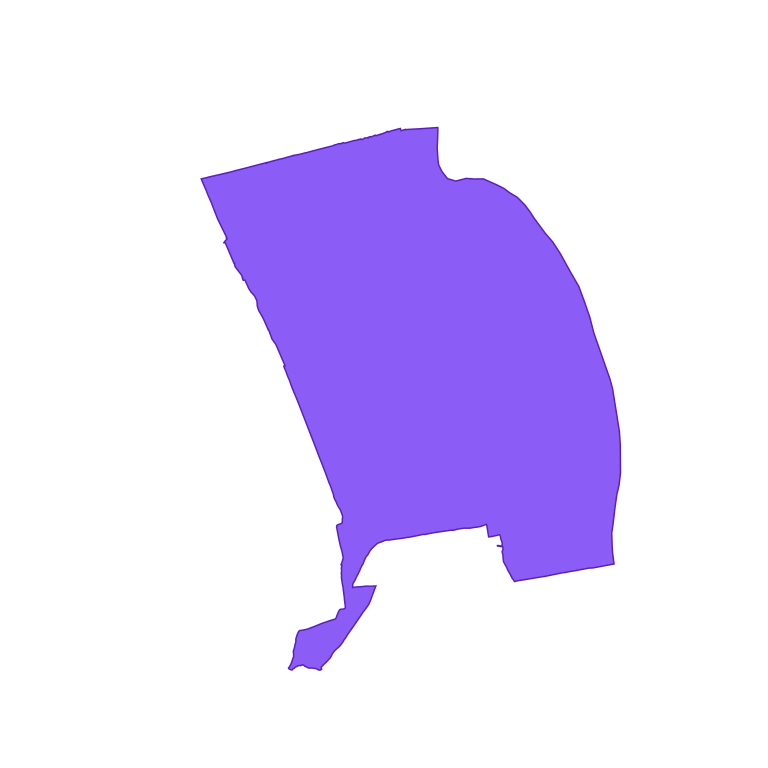 Ostrov, Tulcea, Romania (Albers equal-area conic projection), rotated 152°
{"feature_id": "2599482B49066232260095", "entity_name": "Ostrov", "entity_type": "district", "adm_level": 2, "iso_a3": "ROU", "parent_name": "Romania", "parent_adm1": "Tulcea", "projection": "albers", "projection_center": [28.19, 44.921], "detail": "fine", "context": "isolated", "style": "filled", "palette": "violet", "viewbox_px": 768, "rotation_deg": 152, "n_neighbors": 0, "source": "geoboundaries", "source_scale": "gbopen_adm2", "svg_char_len": 6123}
<svg xmlns="http://www.w3.org/2000/svg" viewBox="0 0 768 768"><g transform="rotate(152 384 384)"><path d="M216.1,585.2L232.9,592.7L242.6,597.2L245.9,598.6L245.8,598.8L248.4,599.3L250.0,599.5L249.6,601.9L252.9,602.8L255.9,603.3L255.9,603.5L259.3,604.2L260.7,604.3L261.3,604.1L261.5,604.2L261.6,604.3L261.5,604.6L261.8,605.1L262.2,605.2L262.5,605.4L262.9,605.5L263.2,605.6L264.2,605.3L264.7,605.3L265.0,605.4L265.4,605.4L265.8,605.6L267.4,605.6L268.0,605.8L270.3,606.3L270.4,606.1L271.0,606.4L274.5,607.0L274.6,607.5L274.9,607.8L277.2,608.0L278.1,608.1L279.2,608.2L279.7,608.5L280.0,608.9L281.2,609.1L281.6,609.0L281.8,608.7L282.2,608.8L282.3,609.2L283.5,609.3L285.3,610.2L285.7,610.3L286.4,610.2L287.1,610.1L288.2,610.1L289.5,610.6L289.6,610.8L289.4,611.2L291.2,611.7L292.0,611.7L292.2,611.9L292.3,612.0L292.9,612.0L294.1,612.1L295.7,612.9L304.9,614.9L305.3,614.9L306.6,616.1L306.9,616.3L307.5,616.3L308.0,616.2L308.3,616.4L309.1,616.5L309.6,616.3L309.9,616.8L310.2,617.1L311.8,617.6L312.7,617.6L313.7,617.8L315.4,618.3L317.5,618.4L329.0,621.2L332.8,622.2L335.2,622.6L335.9,622.9L342.8,624.4L345.5,625.2L349.5,626.1L353.0,627.1L356.5,628.3L356.5,628.1L359.7,629.0L361.0,629.1L361.7,629.4L366.1,630.3L368.6,630.9L371.5,631.8L373.8,632.2L376.7,633.0L378.5,633.3L379.2,633.6L380.9,633.8L381.5,634.1L383.9,634.1L383.6,634.6L409.6,640.8L415.2,642.2L417.6,642.7L419.9,643.2L434.2,647.0L440.7,648.8L445.0,649.8L446.6,650.3L448.0,650.6L449.1,650.9L449.5,646.4L450.1,638.4L450.4,636.2L450.7,633.6L451.2,626.2L453.4,608.0L454.1,587.0L454.6,587.1L454.8,585.6L456.6,585.1L459.1,583.9L458.8,583.6L457.8,583.6L459.8,561.1L459.3,560.8L460.0,559.3L460.0,559.0L460.4,557.5L458.7,547.2L458.9,544.2L459.3,544.2L459.6,541.7L458.0,541.0L458.6,531.2L458.2,527.4L456.9,522.5L457.2,517.0L459.2,512.5L459.8,509.8L460.1,507.5L459.9,501.8L459.9,497.8L460.6,488.0L460.8,486.5L460.6,486.5L460.6,485.9L460.6,484.6L461.4,478.6L461.6,477.8L461.8,476.5L460.9,469.8L462.8,446.5L464.1,446.8L464.4,445.1L464.7,440.9L465.0,439.1L465.3,436.9L465.6,434.2L465.7,432.0L466.7,425.6L467.1,422.3L468.3,409.3L469.7,397.3L470.8,388.3L473.9,362.2L475.4,350.5L476.1,343.9L477.3,333.9L478.9,322.6L479.1,319.6L479.4,317.5L480.4,310.9L481.0,308.8L481.3,308.0L481.7,304.8L481.6,303.7L481.6,302.7L481.9,300.1L481.9,295.8L481.6,293.3L482.5,287.2L482.8,286.2L484.4,284.0L485.0,282.9L485.5,281.8L485.9,281.3L486.3,281.1L486.9,280.9L487.7,280.9L489.7,281.3L491.2,281.4L491.9,281.3L492.3,281.0L492.8,280.4L493.2,279.5L493.5,278.2L493.7,277.8L497.1,266.8L498.5,261.6L499.7,255.9L501.6,249.6L504.8,246.3L506.7,244.7L506.8,244.5L506.5,244.4L506.2,244.1L506.2,243.9L506.2,243.6L506.4,243.3L507.8,241.9L508.3,241.1L509.1,238.9L509.4,238.6L510.2,237.5L510.9,236.3L511.1,235.6L511.2,235.2L511.4,234.7L511.7,234.3L512.3,233.4L512.7,232.5L514.9,226.2L515.4,224.4L515.8,223.2L516.5,221.6L517.8,218.1L519.4,213.8L520.0,212.6L522.4,206.2L523.1,204.8L523.5,204.4L524.0,204.3L524.5,204.2L525.5,204.4L526.0,204.5L526.7,204.9L527.8,205.4L528.5,205.5L529.1,205.5L529.7,205.2L531.5,204.0L534.9,201.1L535.9,200.1L536.7,199.6L537.3,199.4L541.5,200.2L550.0,201.6L554.3,202.1L560.3,202.7L562.4,203.0L566.6,203.5L571.3,204.8L574.1,205.9L575.5,205.6L578.4,203.4L580.8,201.0L581.8,199.8L582.5,198.3L583.5,197.0L584.5,196.1L586.1,194.1L587.4,192.7L589.5,190.6L589.8,190.1L590.5,188.3L591.7,185.9L593.3,184.4L596.6,181.3L597.7,180.4L600.4,178.6L601.4,178.2L601.7,177.9L601.8,177.6L601.5,176.8L600.0,175.0L599.5,174.7L599.1,174.7L598.7,175.0L598.2,175.2L596.7,175.1L595.7,175.6L595.0,175.7L593.8,175.5L592.3,175.5L590.4,175.0L590.1,174.6L589.6,174.5L587.9,174.6L587.8,174.2L587.7,174.0L587.1,173.7L586.6,172.8L586.5,172.4L586.5,172.1L586.1,171.5L585.6,171.1L584.6,169.4L583.5,168.4L582.6,167.8L581.9,167.6L581.1,167.1L580.0,166.4L579.3,165.8L578.0,164.9L577.1,164.0L576.4,162.8L575.6,161.8L575.0,161.5L574.1,161.3L573.1,161.3L572.8,162.5L572.4,163.3L571.3,163.8L569.6,164.4L565.0,165.7L561.7,166.9L560.1,167.4L558.6,168.3L556.3,170.0L555.2,170.6L553.1,171.5L551.6,172.0L545.9,173.4L543.7,174.4L541.4,175.5L539.1,177.0L537.3,177.7L534.3,179.6L524.7,184.4L510.1,192.1L503.7,195.1L502.0,196.0L500.5,196.9L497.7,199.1L489.3,206.6L486.0,209.5L490.3,211.5L495.0,214.1L498.3,215.3L499.4,215.9L500.7,216.3L501.9,217.0L503.3,217.6L506.7,218.9L507.2,219.0L506.6,220.1L505.7,221.6L504.7,222.7L501.8,224.2L499.1,226.5L498.3,226.9L492.8,230.8L491.7,231.9L489.6,233.4L488.7,234.1L487.5,234.6L484.9,236.8L481.2,239.7L478.3,240.9L476.9,241.9L474.4,243.4L472.0,244.4L468.6,245.4L464.5,246.4L458.6,245.6L456.7,245.5L454.8,244.9L452.3,243.6L451.0,243.2L444.7,240.9L440.0,239.1L435.2,237.5L434.1,237.0L429.8,235.7L426.9,234.8L424.4,234.1L421.2,233.2L420.1,232.8L418.6,232.0L409.5,229.2L398.1,225.1L394.6,223.9L391.6,222.4L390.3,222.0L386.9,221.2L380.9,219.1L376.1,216.5L374.8,216.0L371.9,215.1L368.4,213.7L365.7,212.9L359.5,212.0L359.7,210.7L360.0,209.8L363.4,199.9L363.0,199.7L362.8,199.6L360.2,198.7L357.1,197.8L354.8,197.1L353.2,196.9L352.8,196.6L352.6,196.3L352.7,195.1L353.6,192.3L354.2,188.3L355.8,185.5L357.0,186.2L358.5,187.4L359.3,187.9L359.7,188.1L359.9,187.9L359.8,187.6L358.2,186.5L357.1,185.5L355.6,185.0L356.1,183.1L356.6,182.2L357.1,181.5L357.6,181.2L358.3,180.7L358.6,180.2L359.2,177.5L361.5,172.1L361.9,170.9L361.9,168.7L361.8,165.1L362.0,162.5L362.1,160.7L362.0,159.3L362.0,158.3L361.9,157.5L362.0,154.5L361.8,154.4L362.0,153.0L362.0,151.6L361.7,150.8L361.5,148.3L357.6,147.3L350.2,144.7L336.1,140.0L335.1,139.6L331.6,138.4L314.3,133.3L313.3,132.7L312.1,132.4L306.6,130.7L302.0,129.1L296.9,127.6L289.4,125.2L287.2,124.2L286.9,123.9L282.7,122.5L265.3,117.1L264.8,118.6L261.5,127.5L258.5,134.1L252.9,145.5L248.3,151.7L237.4,167.4L234.6,171.2L230.4,177.0L224.0,184.3L216.9,194.5L204.2,218.8L198.4,231.7L184.4,272.5L182.2,282.1L174.7,330.9L171.0,346.0L168.2,363.8L166.2,378.8L166.8,395.8L167.1,415.9L168.3,430.0L170.9,441.6L173.7,460.4L174.2,467.0L175.5,475.6L178.6,486.1L183.5,494.3L186.2,500.2L190.4,506.2L199.9,518.4L208.2,522.7L214.8,526.9L225.4,529.5L231.5,535.5L233.1,544.3L232.9,551.6L231.2,556.4L226.0,567.9L223.2,572.5L217.5,582.4L216.1,585.2Z" fill="#8b5cf6" stroke="#5b21b6" stroke-width="1.5"/></g></svg>